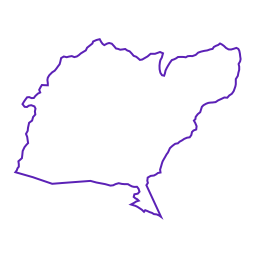 Rio do Campo, Santa Catarina, Brazil
{"feature_id": "56859067B84432632001566", "entity_name": "Rio do Campo", "entity_type": "district", "adm_level": 2, "iso_a3": "BRA", "parent_name": "Brazil", "parent_adm1": "Santa Catarina", "projection": "mercator", "projection_center": [-50.112, -26.91], "detail": "fine", "context": "isolated", "style": "outline", "palette": "violet", "viewbox_px": 256, "rotation_deg": 0, "n_neighbors": 0, "source": "geoboundaries", "source_scale": "gbopen_adm2", "svg_char_len": 2989}
<svg xmlns="http://www.w3.org/2000/svg" viewBox="0 0 256 256"><path d="M39.2,89.8L40.2,92.5L37.9,93.6L35.4,95.9L33.8,98.0L31.5,98.1L29.2,97.1L27.1,97.3L25.9,98.9L24.2,101.3L22.5,104.1L24.6,106.8L27.0,107.0L28.7,105.7L31.2,105.2L34.4,106.4L35.5,108.6L34.9,111.4L35.3,114.5L33.1,117.0L32.1,120.6L29.1,122.8L28.6,125.1L28.0,127.8L27.7,130.8L26.0,133.9L27.2,136.9L27.6,139.8L28.1,143.1L26.5,144.7L24.5,147.2L22.7,151.0L22.3,155.0L21.9,158.2L18.4,161.3L18.8,164.0L18.8,166.7L17.5,168.3L16.8,170.3L15.4,172.2L32.9,177.2L37.5,178.8L52.2,183.8L63.5,182.9L90.5,180.9L96.4,182.5L105.0,184.1L107.6,184.8L110.4,185.6L113.1,185.3L115.6,184.1L118.7,183.2L121.8,183.9L124.0,184.1L125.9,184.1L128.0,184.2L130.0,185.4L132.0,186.4L134.1,186.9L137.0,186.8L138.5,188.7L139.5,191.7L137.7,193.7L134.4,194.3L133.7,196.9L135.5,198.4L137.3,199.3L138.7,200.7L136.2,201.5L134.2,202.8L131.0,204.5L133.2,205.2L135.3,205.8L137.4,206.8L140.0,208.5L141.8,209.7L144.0,211.8L145.2,210.2L147.5,211.1L149.6,212.1L152.0,212.9L153.9,214.1L156.6,214.4L159.2,215.5L161.0,216.8L146.4,185.2L147.9,182.9L147.3,180.8L147.7,177.6L150.7,175.9L154.0,175.5L156.2,174.3L157.9,173.0L160.5,172.5L160.1,169.6L161.2,166.0L161.9,163.5L162.6,161.4L163.7,159.4L165.1,157.0L166.6,154.3L167.9,152.6L168.8,150.7L169.9,148.2L171.8,146.4L173.4,145.1L175.2,143.8L177.9,143.3L179.6,141.7L182.0,140.4L184.2,138.9L187.0,137.7L189.7,137.3L191.3,135.1L192.0,132.0L193.5,130.5L196.2,129.5L196.6,126.2L195.2,122.9L193.9,120.6L195.4,119.1L195.7,116.9L197.7,114.2L200.2,112.2L201.1,109.3L201.9,106.8L203.5,105.2L206.2,103.7L208.3,102.9L210.3,102.6L212.3,102.5L215.6,102.1L218.1,100.4L221.6,98.8L224.3,97.5L227.3,97.7L229.2,95.5L231.8,93.8L233.6,91.3L234.5,88.9L235.4,86.3L235.8,84.2L235.8,81.9L235.8,79.1L237.8,75.9L238.4,72.7L239.2,69.8L239.2,66.6L238.6,64.0L240.1,61.4L240.6,59.0L240.2,56.4L239.9,53.7L239.3,50.8L238.3,48.9L236.4,47.9L233.6,48.8L231.1,49.5L228.6,49.4L226.1,48.0L223.9,45.9L221.8,44.4L220.0,43.5L218.3,44.9L216.0,45.8L213.8,47.0L212.6,48.9L210.1,49.4L207.3,50.4L204.1,50.9L201.1,51.6L198.2,52.6L195.7,54.9L192.4,56.1L190.0,56.0L187.7,56.2L185.8,57.3L183.9,57.0L181.8,56.9L178.0,57.0L176.0,58.4L173.9,59.4L171.8,60.1L169.9,62.7L168.1,65.6L166.8,67.9L165.5,70.6L164.9,73.5L164.1,75.7L162.0,75.2L160.4,72.8L159.6,69.3L159.5,65.6L159.9,62.3L160.4,60.1L161.8,57.6L163.0,53.3L160.0,52.0L157.0,53.1L155.0,53.8L152.8,53.8L150.6,53.8L147.6,56.4L144.3,58.3L142.3,59.5L139.9,59.9L138.0,58.2L136.3,56.8L133.6,55.8L131.8,53.6L129.6,51.3L127.3,50.5L125.2,49.0L122.7,49.4L120.2,49.7L118.1,48.9L116.0,48.5L114.2,46.3L111.8,43.7L109.1,43.0L107.1,43.6L104.3,45.1L102.6,43.9L101.1,41.8L99.7,39.2L96.5,40.0L93.1,41.5L92.4,43.5L90.4,45.1L87.1,47.7L85.8,50.4L83.6,51.7L80.7,53.5L78.9,55.1L76.8,56.5L74.3,57.1L71.8,56.1L68.9,56.6L66.7,57.2L63.8,56.5L61.1,58.1L60.4,61.4L59.6,64.3L58.1,66.2L56.4,68.6L54.7,70.7L52.2,72.3L49.3,75.2L47.8,77.7L47.4,80.0L47.8,83.1L47.8,85.3L44.9,85.2L41.9,85.0L40.6,87.1L39.2,89.8Z" fill="none" stroke="#5b21b6" stroke-width="2"/></svg>